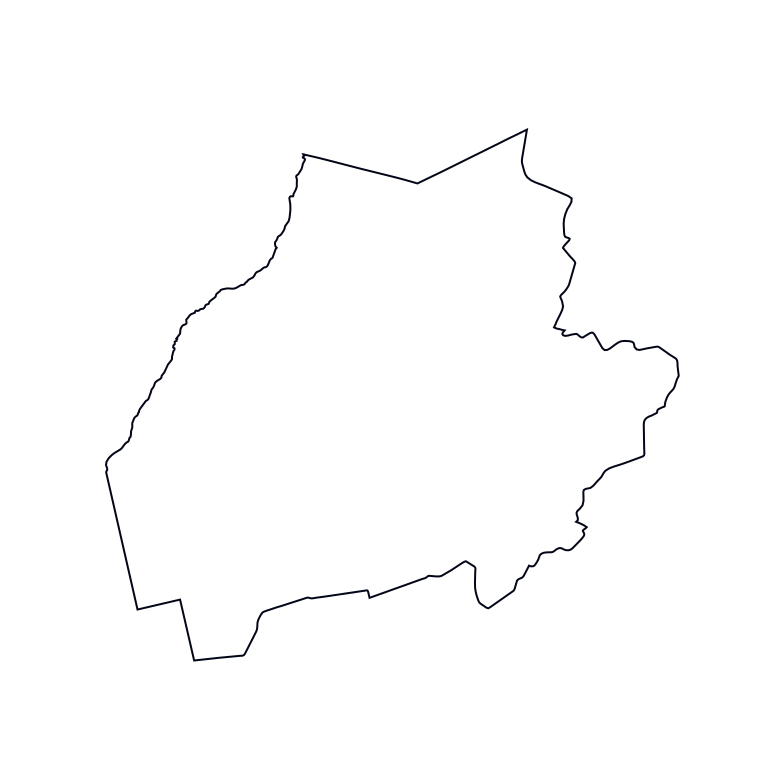 SVG path tracing the border of Chihuahua, rotated 257°
{"feature_id": "MEX-2709", "entity_name": "Chihuahua", "entity_type": "State", "adm_level": 1, "iso_a3": "MEX", "parent_name": "Mexico", "parent_adm1": "", "projection": "mercator", "projection_center": [-106.749, 28.699], "detail": "fine", "context": "isolated", "style": "outline", "palette": "ink", "viewbox_px": 768, "rotation_deg": 257, "n_neighbors": 0, "source": "natural_earth", "source_scale": "10m", "svg_char_len": 6157}
<svg xmlns="http://www.w3.org/2000/svg" viewBox="0 0 768 768"><g transform="rotate(257 384 384)"><path d="M219.7,93.1L360.4,93.4L361.3,93.8L362.4,94.9L364.0,95.3L367.7,94.9L370.7,96.2L373.5,98.9L375.8,102.4L377.3,105.6L379.5,112.3L380.4,114.0L383.9,118.1L384.7,119.6L385.1,120.6L385.2,121.2L385.4,121.6L385.9,122.3L388.7,123.9L389.6,125.2L391.5,126.0L395.0,127.0L397.8,128.7L399.4,129.3L401.4,129.6L402.8,130.1L406.4,132.6L407.5,133.6L408.0,134.4L408.6,136.0L409.2,136.9L410.8,137.8L411.7,138.6L411.7,138.9L413.1,139.4L414.6,140.6L421.0,148.1L421.6,149.9L422.4,151.1L428.7,155.2L430.1,155.8L430.7,156.2L432.7,158.5L434.4,159.8L435.8,160.6L437.1,161.6L438.1,163.5L439.2,166.9L440.0,168.3L442.1,169.3L444.9,172.7L451.6,177.9L454.9,182.1L455.9,183.0L458.3,183.6L463.1,186.0L463.6,186.4L464.0,187.0L464.5,187.5L465.4,187.9L465.8,187.9L466.2,187.7L466.7,187.0L467.0,186.8L467.9,187.2L468.5,187.3L469.1,187.6L469.8,189.0L470.7,189.3L471.5,189.4L472.2,189.6L472.5,190.2L472.7,191.3L473.0,191.1L473.3,191.4L474.4,192.6L475.0,191.9L478.8,196.5L480.4,197.2L481.9,197.5L483.7,198.4L485.3,199.7L486.4,201.2L486.6,202.1L486.7,203.2L486.9,204.3L487.5,205.1L488.3,205.4L490.9,205.7L491.5,206.1L492.0,207.1L494.5,210.0L495.4,211.7L495.6,212.7L495.8,214.7L496.0,215.7L497.4,216.5L497.7,217.0L497.7,217.6L497.2,218.6L497.1,219.3L497.3,220.4L498.1,221.6L498.2,222.6L498.1,224.0L498.0,224.6L498.2,225.2L498.9,226.2L499.5,226.9L500.6,227.6L501.1,228.2L501.3,229.0L501.4,230.1L501.5,231.1L502.0,231.5L503.5,232.5L504.7,234.8L505.8,237.4L506.8,239.3L507.4,239.8L508.8,240.5L509.6,241.3L511.2,244.7L512.4,246.2L512.6,248.3L512.5,251.8L512.1,254.0L511.0,257.5L510.7,259.4L510.9,261.6L512.5,266.9L512.5,267.7L512.3,269.2L512.5,270.2L512.8,270.7L513.9,272.0L514.1,272.5L514.5,273.4L516.0,275.4L517.2,279.8L517.5,280.6L519.1,282.4L520.5,283.5L521.6,285.0L522.4,289.0L523.8,291.7L524.4,293.1L524.5,294.5L524.5,295.4L524.9,296.4L526.1,297.7L530.0,300.4L531.1,301.6L531.4,302.2L531.7,303.1L532.1,303.9L532.6,304.2L533.2,304.5L539.9,308.8L540.8,310.1L542.3,309.3L544.6,309.2L546.7,309.8L548.1,311.5L550.0,313.0L550.7,313.3L551.3,313.8L552.7,317.2L555.5,320.3L557.3,321.8L560.1,323.2L564.1,327.7L567.3,329.4L574.8,332.0L580.1,333.1L585.9,333.5L586.8,333.8L587.6,334.5L587.9,335.4L587.3,337.5L587.8,338.0L588.8,338.3L589.6,338.7L593.5,342.0L595.9,343.4L603.2,345.2L605.5,345.0L606.1,345.2L606.8,345.7L607.1,346.3L607.3,347.0L607.8,347.8L612.0,352.0L615.6,354.0L616.6,354.3L617.3,354.9L619.7,357.1L620.9,357.6L621.8,357.0L622.6,356.1L623.3,355.9L624.3,357.6L624.8,357.3L626.0,356.9L625.9,357.4L625.7,357.5L619.2,370.8L612.4,384.0L605.5,397.2L598.7,410.3L588.6,430.2L581.7,443.7L578.2,450.3L571.9,461.7L577.8,487.8L590.6,541.7L594.9,559.6L599.7,580.5L573.7,569.7L571.6,568.9L569.8,568.4L568.0,568.2L559.3,568.5L556.0,569.0L553.0,570.2L549.4,573.1L546.3,577.0L540.8,585.3L525.8,605.7L522.7,608.6L519.3,607.6L516.0,604.8L513.2,602.0L508.9,599.0L504.5,596.7L499.8,595.1L490.9,593.5L488.9,593.3L487.0,593.5L485.9,594.6L484.9,596.4L483.8,597.6L482.4,596.8L479.4,592.4L477.5,589.9L476.3,589.0L467.0,593.7L462.9,596.1L460.5,597.3L458.9,597.6L440.0,587.1L438.1,585.8L436.5,584.3L433.5,580.8L432.2,578.7L431.0,576.7L429.7,575.4L427.7,575.5L425.6,576.0L423.4,576.1L419.1,575.9L415.7,574.0L412.4,571.5L406.0,566.2L403.4,564.4L400.9,562.4L399.4,564.4L399.0,565.1L398.2,566.9L396.4,570.3L395.6,572.1L394.7,570.8L393.7,569.6L392.6,569.0L391.2,569.5L390.1,571.4L389.8,574.0L389.9,576.8L389.9,579.1L389.7,581.4L389.5,582.7L389.1,583.4L386.2,585.6L384.9,587.0L384.6,588.3L385.9,592.0L387.1,595.8L387.4,597.7L387.0,598.9L386.0,599.7L384.4,600.4L369.9,604.8L367.4,606.6L367.0,609.2L367.8,612.2L370.4,618.1L371.6,621.3L372.3,624.5L371.9,627.9L370.8,631.8L370.1,633.7L369.2,635.3L367.9,636.4L366.5,636.6L365.0,636.5L363.5,636.5L360.8,638.0L359.7,640.7L359.6,644.0L359.6,647.5L359.1,657.5L358.8,659.2L358.1,660.3L348.1,669.2L345.1,672.2L343.5,673.8L341.9,674.7L340.3,674.9L338.4,674.7L335.0,674.0L325.6,673.0L323.3,671.0L320.9,669.4L318.4,667.9L315.8,666.4L314.1,664.9L312.7,663.0L311.3,660.9L309.9,659.1L307.9,657.2L305.8,655.7L303.6,654.3L301.2,653.2L299.3,652.6L298.9,652.0L298.6,649.4L298.3,648.2L297.7,645.7L297.1,644.7L296.3,644.2L295.3,643.9L294.4,643.2L294.0,641.4L293.5,639.4L293.1,637.9L292.7,635.0L291.9,632.3L290.5,630.2L288.5,628.8L286.1,628.0L263.6,623.2L257.5,622.0L256.1,621.4L255.3,620.1L254.9,617.4L252.8,600.7L252.3,595.7L251.9,590.0L251.2,584.6L249.7,580.3L248.2,578.3L244.6,574.9L243.1,572.8L241.4,570.1L239.4,567.4L237.6,564.7L236.3,561.7L236.4,556.9L235.8,554.9L233.8,553.9L229.7,553.1L225.2,552.1L221.2,550.2L218.4,546.7L217.5,545.1L216.5,543.6L215.3,542.7L213.6,542.4L211.6,542.6L209.5,542.7L207.6,542.1L206.5,540.2L204.8,542.7L203.0,545.1L201.0,547.4L198.9,549.3L198.3,548.4L197.8,547.4L197.0,545.4L196.4,544.8L195.9,544.7L194.5,545.1L193.1,545.4L192.0,545.2L191.1,544.6L190.0,543.4L188.0,540.8L186.2,538.0L182.6,532.4L181.4,530.4L180.6,528.4L180.5,526.4L181.1,524.0L182.4,521.9L183.9,520.2L184.7,518.2L184.4,515.5L183.0,512.4L182.4,510.8L182.4,509.2L183.2,505.5L183.5,503.6L183.6,501.7L183.4,500.0L182.9,498.5L182.1,497.3L180.7,496.4L178.5,495.0L176.6,493.4L174.8,491.6L173.1,489.5L172.9,488.1L173.1,486.8L173.6,485.5L174.4,484.5L165.4,476.8L164.3,475.1L163.5,471.0L162.5,469.4L155.7,465.6L154.6,464.9L153.6,464.0L153.0,462.8L142.7,437.4L142.0,435.4L142.8,433.7L144.4,432.2L146.0,430.8L147.6,429.2L149.0,428.1L150.5,427.4L152.5,427.1L156.9,426.7L160.8,426.6L164.7,426.9L168.9,427.7L180.3,430.6L183.1,431.5L184.5,431.6L185.7,431.1L192.8,424.0L192.8,422.7L192.1,420.2L191.2,417.7L187.6,408.1L184.1,396.9L184.1,394.4L184.9,391.1L186.8,385.3L187.0,384.2L186.7,383.2L185.9,381.5L185.6,380.5L185.4,377.2L181.1,340.6L178.9,321.8L184.7,321.8L186.1,321.6L186.7,321.1L186.9,320.1L187.0,318.2L190.2,278.5L191.0,269.9L191.2,266.4L191.5,264.8L192.9,262.1L193.1,261.0L190.8,234.0L190.6,230.3L189.5,218.4L189.2,216.1L188.8,214.5L187.9,213.2L186.3,211.6L184.1,209.7L182.1,208.2L180.0,207.1L177.4,206.3L175.9,205.9L174.2,205.3L172.7,204.6L171.3,203.6L152.4,187.8L151.4,186.5L151.1,185.1L151.7,181.4L154.4,161.1L157.3,136.8L219.8,136.8L219.7,93.1Z" fill="none" stroke="#020617" stroke-width="2"/></g></svg>